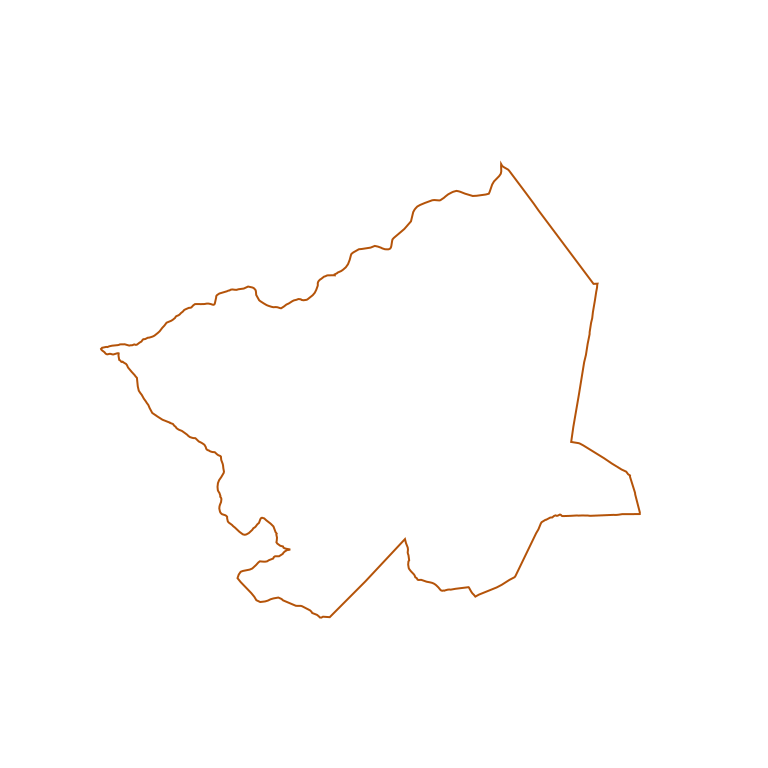 the district of Barna, Timis, Romania, rotated 106°
{"feature_id": "2599482B99688223143518", "entity_name": "Barna", "entity_type": "district", "adm_level": 2, "iso_a3": "ROU", "parent_name": "Romania", "parent_adm1": "Timis", "projection": "robinson", "projection_center": [22.07, 45.706], "detail": "fine", "context": "isolated", "style": "outline", "palette": "amber", "viewbox_px": 768, "rotation_deg": 106, "n_neighbors": 0, "source": "geoboundaries", "source_scale": "gbopen_adm2", "svg_char_len": 6154}
<svg xmlns="http://www.w3.org/2000/svg" viewBox="0 0 768 768"><g transform="rotate(106 384 384)"><path d="M454.2,620.0L458.0,617.9L459.8,615.8L461.2,613.9L464.3,610.8L466.4,608.1L467.6,606.8L469.1,604.8L471.8,602.6L475.7,598.8L477.7,592.8L479.4,587.1L480.2,579.0L480.4,578.9L480.6,575.9L482.0,574.0L482.5,572.6L483.6,571.3L484.1,570.0L484.5,568.5L484.8,565.4L485.1,564.5L486.3,561.1L487.1,559.0L487.7,558.1L488.5,556.0L488.6,553.6L488.5,552.1L488.1,550.6L488.2,550.1L490.3,546.2L490.8,543.3L491.4,541.3L491.9,539.9L493.7,538.0L495.3,537.0L496.0,535.9L496.2,535.0L496.1,534.2L496.5,533.3L496.7,531.7L496.7,530.2L496.2,527.9L497.6,525.1L498.1,523.7L498.3,521.7L498.7,520.8L501.9,519.5L505.3,517.0L506.6,516.3L509.3,515.2L512.3,513.7L513.7,513.6L518.4,514.8L521.9,516.0L525.1,516.3L526.8,516.0L528.7,515.7L531.8,514.5L532.8,513.7L534.2,512.1L536.7,510.4L537.4,510.4L537.7,510.2L538.1,509.5L538.8,508.9L539.8,508.5L542.4,508.1L545.4,508.4L547.0,508.4L549.1,508.0L551.7,506.6L552.6,505.9L553.3,504.9L553.8,503.8L553.9,500.4L554.2,499.3L554.9,498.2L556.5,497.7L559.2,496.2L560.0,495.0L561.4,491.2L562.2,489.9L563.1,487.7L565.9,482.3L567.4,478.3L567.4,477.3L567.3,476.2L566.5,474.8L564.5,472.8L560.5,470.4L558.6,469.8L557.6,468.8L556.5,468.1L553.8,467.1L552.0,465.9L548.1,465.6L547.0,465.3L546.5,464.8L546.2,464.4L546.2,462.1L547.5,459.5L549.5,454.5L551.4,451.0L556.4,447.3L557.4,445.9L558.4,446.0L561.2,444.5L564.3,443.9L565.8,443.8L566.8,442.6L568.1,439.1L568.0,436.3L569.1,435.4L569.3,434.2L569.3,432.3L568.9,428.5L569.8,429.9L569.8,430.5L570.5,431.5L572.2,433.1L573.8,434.1L575.2,434.5L578.5,437.4L579.6,441.2L580.8,442.2L582.3,442.4L585.1,446.1L586.7,447.5L587.6,449.4L588.1,451.4L588.7,454.5L590.2,455.6L593.3,457.1L597.7,459.8L599.4,461.9L602.6,468.1L604.0,470.0L607.2,471.1L611.0,471.3L613.9,467.2L621.6,453.9L624.3,450.0L627.0,447.1L627.7,442.9L625.8,438.4L624.2,435.9L622.2,433.7L620.6,431.2L618.4,426.7L618.9,423.2L619.8,421.4L621.5,407.5L620.2,402.7L620.2,401.5L622.0,392.6L622.9,391.0L623.9,389.9L624.4,384.7L625.4,382.4L626.1,381.3L625.8,379.8L624.5,378.5L623.1,371.9L578.9,347.5L527.3,321.1L530.9,319.0L534.7,316.1L536.6,315.3L539.4,314.8L540.6,314.2L541.8,313.3L546.6,311.2L547.8,311.6L550.9,311.0L554.1,309.5L554.9,308.8L556.6,306.5L558.8,302.7L559.7,301.7L561.2,300.6L561.5,299.2L562.8,297.8L562.9,297.1L562.0,294.1L562.3,288.5L562.0,285.3L561.9,283.1L562.1,281.2L562.6,279.5L563.1,278.3L564.5,275.7L566.3,273.1L566.7,272.1L566.7,271.0L566.2,270.1L566.0,268.9L565.6,268.5L564.1,266.0L563.5,264.4L563.3,263.2L561.1,258.7L556.0,246.7L556.2,246.3L559.5,243.0L560.9,241.3L561.8,239.6L563.2,237.6L560.3,234.7L548.5,219.6L544.6,215.5L537.7,209.4L533.7,205.2L532.3,204.7L485.4,196.6L481.2,195.5L474.8,194.8L473.4,194.4L470.0,191.3L469.9,190.8L466.6,187.4L466.2,186.5L465.9,185.5L464.0,184.2L463.0,182.9L463.1,181.5L462.6,180.6L461.0,178.9L461.0,178.3L461.2,177.6L461.6,177.1L461.8,176.4L461.6,175.4L459.4,168.6L457.2,162.3L456.8,160.3L456.6,159.9L455.7,157.1L454.2,151.5L454.2,151.3L453.9,149.5L446.6,127.5L445.9,124.8L445.0,122.5L443.5,119.3L441.7,113.0L438.5,102.3L436.9,102.7L420.9,112.1L419.4,112.7L405.6,121.8L404.6,122.3L404.1,122.3L403.5,124.4L401.5,127.0L400.7,132.1L397.6,143.2L394.7,152.0L388.1,175.5L387.3,179.2L387.2,180.5L388.1,188.1L372.9,190.2L340.7,193.7L307.9,197.6L300.5,197.9L289.3,199.3L279.4,200.1L277.6,200.6L268.1,201.8L263.3,202.0L257.3,203.0L245.5,204.3L237.0,205.4L232.6,205.8L229.7,206.4L228.7,206.4L230.0,210.2L174.5,283.4L169.4,289.7L161.2,300.4L144.4,322.6L143.7,323.8L142.6,328.3L142.0,330.1L141.7,330.6L140.3,332.0L142.3,331.5L147.2,329.9L149.7,329.7L152.4,330.6L158.9,334.1L162.4,335.0L170.2,335.4L172.2,335.7L173.8,338.4L177.5,346.8L178.8,350.5L178.7,358.6L178.2,363.8L178.2,365.5L178.4,367.6L180.1,370.4L181.2,371.7L184.0,374.6L186.9,376.7L188.5,377.7L191.8,380.5L192.3,381.4L193.3,386.4L194.1,388.3L198.7,394.6L201.9,398.6L203.5,400.2L204.2,400.9L206.5,402.1L208.0,402.7L210.7,403.3L220.2,402.9L229.4,407.2L240.8,414.8L242.7,415.7L244.4,415.6L249.3,415.0L250.9,415.0L252.1,415.4L253.2,416.6L253.6,417.7L254.2,420.3L254.1,423.0L253.8,424.5L253.6,427.8L253.8,430.9L256.6,434.5L260.3,442.5L261.4,445.3L266.0,449.8L267.8,451.1L268.9,451.3L274.1,451.2L278.7,451.6L282.4,452.9L285.6,455.0L287.2,456.3L289.8,459.4L290.4,459.6L292.3,461.7L293.1,461.3L293.3,462.3L295.1,468.1L295.6,469.0L296.4,469.8L297.4,471.3L300.2,473.3L301.3,474.3L303.0,475.2L304.4,475.5L305.6,475.4L307.1,474.9L307.9,474.8L312.3,475.1L315.4,475.7L318.3,477.0L323.9,481.0L324.5,481.8L325.7,484.5L325.9,486.5L325.5,487.3L325.8,489.1L326.0,489.8L327.2,491.4L328.5,493.7L329.6,494.9L332.9,497.8L334.5,499.7L337.0,501.5L339.5,503.7L339.7,504.5L339.6,507.6L339.9,509.4L340.1,509.7L340.7,511.7L340.8,513.5L340.7,516.7L340.5,518.6L339.7,521.7L338.5,525.7L337.9,527.1L333.6,531.4L330.9,532.4L329.3,533.2L328.6,534.1L327.7,535.7L327.5,537.2L327.8,541.5L330.9,545.1L333.1,550.1L334.1,551.6L334.5,553.1L334.9,555.8L335.3,556.7L335.7,557.5L336.6,558.2L337.1,559.3L338.2,560.6L342.4,567.2L344.4,568.9L345.5,569.4L346.2,569.4L347.0,569.2L353.3,568.8L354.2,569.0L354.8,569.6L355.0,570.7L354.9,572.6L355.1,575.0L355.6,576.6L356.6,578.6L357.8,582.4L358.2,584.1L359.3,587.7L360.9,589.0L363.5,590.3L364.2,591.4L364.6,592.6L367.1,595.6L368.0,596.5L369.8,597.3L371.9,598.8L373.5,599.6L374.6,600.5L376.1,602.4L376.9,602.8L378.1,603.1L380.3,604.6L381.8,605.9L385.0,609.9L388.4,611.2L391.1,612.6L395.2,614.2L397.3,615.5L400.8,618.0L402.1,619.4L403.4,621.3L404.3,622.8L404.6,623.8L406.5,625.8L407.3,627.4L407.3,627.7L408.1,628.2L410.1,628.9L411.5,630.3L414.2,632.3L414.8,633.3L414.8,635.0L416.2,636.8L416.6,638.2L417.3,639.5L417.3,644.2L418.5,648.1L418.8,648.9L419.4,649.5L420.0,650.6L422.1,655.9L423.5,658.5L424.7,660.0L424.9,661.2L426.9,665.0L427.3,665.1L428.3,665.7L428.7,665.4L429.4,664.3L430.5,661.4L431.4,660.2L431.7,659.4L431.8,658.7L431.7,658.0L430.6,656.0L430.4,655.1L430.4,653.3L430.2,652.3L427.9,648.7L427.6,647.6L427.9,647.4L429.8,647.1L433.8,645.2L434.1,644.0L435.0,642.8L435.1,641.9L434.6,641.4L435.3,639.6L435.8,637.5L436.7,636.3L438.7,634.6L441.9,629.9L444.2,626.1L445.1,625.0L446.2,623.2L454.2,620.0Z" fill="none" stroke="#b45309" stroke-width="2"/></g></svg>